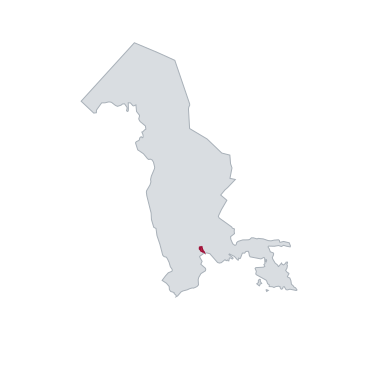 location of Taylak, Samarkand, Uzbekistan, rotated 39°
{"feature_id": "79887680B65824401013757", "entity_name": "Taylak", "entity_type": "district", "adm_level": 2, "iso_a3": "UZB", "parent_name": "Uzbekistan", "parent_adm1": "Samarkand", "projection": "equal_earth", "projection_center": [67.152, 39.543], "detail": "fine", "context": "in_parent", "style": "filled", "palette": "rose", "viewbox_px": 384, "rotation_deg": 39, "n_neighbors": 0, "source": "geoboundaries", "source_scale": "gbopen_adm2", "svg_char_len": 4286}
<svg xmlns="http://www.w3.org/2000/svg" viewBox="0 0 384 384"><g transform="rotate(39 192 192)"><path d="M294.3,172.8L299.5,170.3L302.5,172.0L302.8,172.9L299.5,174.7L296.7,175.8L295.8,178.1L293.0,179.1L290.1,182.4L285.6,185.8L285.5,186.5L285.9,187.0L287.4,187.4L290.5,189.2L293.4,188.2L294.1,188.4L294.9,189.5L295.7,192.5L297.0,193.3L301.3,194.9L304.4,194.9L306.0,195.6L306.2,195.3L306.3,190.8L307.7,191.5L309.1,191.0L309.6,188.7L309.3,187.3L310.3,186.4L310.9,187.0L311.0,188.3L312.5,189.2L313.7,191.4L314.1,194.0L317.0,194.6L318.0,194.2L318.8,194.5L319.3,197.7L319.7,197.9L322.2,197.3L324.7,198.7L327.3,201.1L330.2,201.3L330.8,201.7L332.8,201.3L335.2,202.0L335.3,202.4L334.9,203.0L329.3,205.9L327.8,208.0L326.6,208.7L323.1,207.5L322.6,208.8L323.3,210.1L322.5,211.4L320.7,210.9L320.4,210.2L318.7,210.6L316.7,212.7L315.8,214.6L314.0,215.1L311.5,216.9L310.4,215.5L308.5,215.7L306.1,214.2L304.9,213.9L294.0,215.8L293.1,215.5L291.9,213.1L289.2,211.8L289.2,210.6L294.8,205.5L295.4,204.0L293.5,203.1L293.8,201.8L290.1,197.7L289.5,197.5L289.0,197.7L287.7,200.6L278.0,205.8L276.6,205.3L274.4,203.4L273.0,202.7L271.3,204.3L271.4,206.3L269.6,207.8L271.3,213.0L271.1,213.7L269.9,213.9L270.8,215.9L270.0,216.1L265.4,215.4L260.0,216.6L260.1,217.4L265.0,217.3L265.6,217.6L265.7,218.3L265.5,218.7L262.9,219.2L262.7,220.0L264.0,222.3L263.4,222.8L262.5,222.4L261.8,223.9L260.2,223.8L259.3,228.4L258.0,230.0L256.2,230.7L244.7,228.7L241.7,230.1L239.8,232.1L238.5,237.1L238.6,237.6L243.5,239.5L244.3,242.6L250.2,242.8L251.2,243.3L251.7,244.1L252.0,244.9L250.3,249.8L251.0,254.2L252.0,256.3L255.5,260.1L255.4,262.2L254.6,264.1L253.6,265.8L252.5,266.5L251.1,268.5L249.8,271.1L247.3,274.5L246.4,276.4L246.2,281.9L245.5,283.5L245.4,282.9L244.5,282.3L241.9,282.1L241.4,281.4L238.0,282.7L235.9,282.1L233.7,279.8L229.6,279.0L224.4,279.5L224.2,273.9L224.4,269.7L226.2,266.4L226.2,265.7L225.3,264.6L222.2,263.7L218.5,261.1L215.0,259.4L213.1,258.8L210.9,259.8L209.0,259.5L199.9,252.8L192.2,247.9L187.0,243.0L184.5,243.5L177.8,238.9L173.5,234.1L159.3,223.4L156.6,220.8L155.9,219.5L154.9,212.9L153.7,210.0L151.9,208.3L150.4,205.2L148.2,197.6L147.4,196.2L143.2,193.0L140.7,192.2L138.9,192.7L137.9,194.0L136.4,194.1L130.2,192.8L123.3,193.4L117.4,189.5L117.0,188.9L117.1,187.8L118.3,185.3L118.1,184.2L117.4,183.0L117.4,181.7L118.0,180.9L119.1,181.2L119.5,180.7L119.4,180.0L118.0,178.4L115.3,177.0L115.9,176.0L116.1,173.6L116.6,172.3L116.2,171.8L114.2,170.0L107.5,169.9L105.9,169.4L104.6,168.7L103.4,166.0L102.8,165.4L98.2,164.3L93.6,159.6L92.6,161.7L91.7,162.1L88.1,161.5L86.3,162.8L90.4,167.6L91.4,169.1L91.3,169.9L90.0,170.1L88.9,167.8L88.2,167.1L84.1,165.9L82.6,167.3L82.2,169.2L80.2,172.3L78.1,172.9L73.0,173.0L71.5,173.7L70.4,174.6L68.3,177.4L65.7,179.6L66.2,188.4L67.8,190.6L66.0,192.5L48.7,191.2L53.3,112.3L78.1,105.1L95.8,100.5L134.7,125.0L135.6,126.0L136.1,128.1L137.1,129.8L150.2,144.2L170.3,141.3L190.6,143.0L198.2,139.5L204.2,145.8L207.9,148.1L212.9,157.5L217.8,155.0L216.9,166.2L216.3,169.6L216.2,176.3L224.3,176.5L226.0,187.4L227.7,194.3L229.5,195.1L244.9,194.2L246.0,194.7L248.2,194.0L249.6,196.1L251.2,197.6L250.1,202.4L252.0,204.4L256.3,206.6L258.9,206.5L259.4,205.7L259.3,204.6L258.6,203.4L258.7,202.0L259.1,201.0L261.6,197.3L265.8,193.8L266.7,192.5L267.0,190.2L268.5,189.0L272.1,187.5L272.6,186.4L276.9,183.6L281.8,181.8L284.1,180.3L286.2,177.6L289.3,174.7L290.5,174.7L291.4,175.6L292.1,175.7L294.3,172.8ZM293.7,199.6L293.1,198.2L292.3,197.7L291.9,197.9L293.2,199.7L293.7,199.6ZM303.4,222.6L300.1,222.6L300.6,220.4L299.4,219.4L299.2,218.3L299.4,217.3L300.2,217.0L301.2,218.5L303.7,219.2L302.9,220.7L303.5,222.3L303.4,222.6ZM313.2,220.4L312.6,222.3L311.2,221.5L311.4,221.0L313.2,220.4Z" fill="#d9dde1" stroke="#a8b0b8" stroke-width="1"/><path d="M239.5,231.2L238.8,230.8L238.3,230.8L237.6,230.7L236.8,230.2L236.1,230.0L235.2,229.2L234.9,229.2L234.3,228.6L234.2,228.8L233.7,228.8L233.7,229.3L233.6,229.6L233.2,229.6L233.4,230.1L233.6,230.1L233.8,230.4L233.7,230.6L233.3,230.3L233.2,230.3L233.4,230.6L233.4,230.8L233.1,230.8L233.3,231.1L233.6,231.4L233.9,231.1L234.2,231.1L234.1,231.4L234.3,231.7L234.6,231.7L234.5,231.2L234.8,231.2L235.3,231.7L235.9,232.2L236.7,232.1L237.4,231.8L238.2,231.8L238.4,231.6L238.6,231.3L239.0,231.2L239.5,231.2Z" fill="#f43f5e" stroke="#9f1239" stroke-width="1.5"/></g></svg>